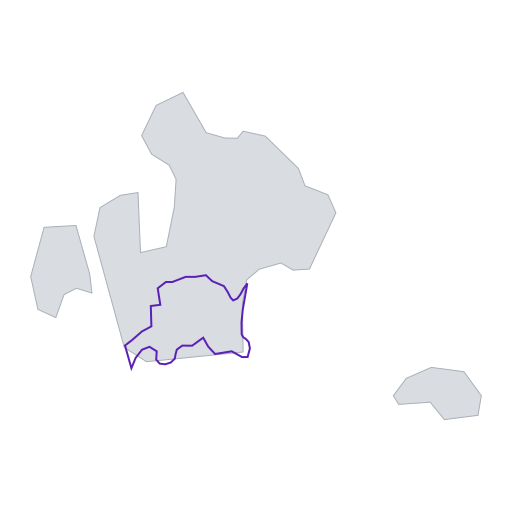 where Jomala sits in Aland
{"feature_id": "ALD-4810", "entity_name": "Jomala", "entity_type": "state/province", "adm_level": 1, "iso_a3": "ALA", "parent_name": "Aland", "parent_adm1": "", "projection": "mercator", "projection_center": [19.918, 60.13], "detail": "fine", "context": "in_parent", "style": "outline", "palette": "violet", "viewbox_px": 512, "rotation_deg": 0, "n_neighbors": 0, "source": "natural_earth", "source_scale": "10m", "svg_char_len": 1391}
<svg xmlns="http://www.w3.org/2000/svg" viewBox="0 0 512 512"><path d="M224.8,138.0L237.4,138.2L243.1,131.2L265.2,136.1L298.4,168.4L305.0,185.8L327.9,194.8L335.9,212.8L309.4,269.1L293.1,270.1L280.9,263.0L259.3,269.2L246.7,279.8L242.4,303.2L243.1,352.0L146.5,361.7L124.3,347.5L93.9,236.3L100.0,207.6L120.4,195.3L138.0,192.6L140.5,252.6L166.3,246.7L174.3,207.2L176.1,179.3L169.2,165.2L151.7,154.3L141.6,135.6L156.1,105.4L183.0,92.4L206.2,132.7L224.8,138.0ZM89.8,274.4L91.9,293.0L76.2,288.3L64.0,294.7L55.8,317.6L37.9,309.4L30.7,276.6L44.1,227.3L76.0,225.5L89.8,274.4ZM481.3,395.7L478.0,415.3L444.3,419.6L430.2,402.2L398.7,404.4L393.3,395.7L406.3,378.3L431.3,367.4L463.9,371.7L481.3,395.7Z" fill="#d9dde1" stroke="#a8b0b8" stroke-width="1"/><path d="M192.1,345.7L182.3,345.6L176.8,349.6L175.6,354.1L174.8,358.6L170.8,362.5L165.2,364.3L159.7,363.6L156.2,359.6L156.7,351.3L149.5,346.8L142.0,349.7L135.7,357.8L131.4,368.2L125.0,345.5L131.9,340.2L142.0,331.4L151.4,326.3L150.8,306.0L160.3,304.8L157.7,288.3L165.9,282.0L172.3,282.0L185.5,276.9L195.0,276.9L205.9,275.2L212.1,281.1L223.9,286.1L227.7,292.0L230.7,297.8L233.2,300.4L237.3,298.5L240.5,294.2L243.5,288.6L247.3,283.4L242.7,309.9L241.5,322.6L241.7,334.4L243.2,337.2L246.0,339.1L248.7,342.1L249.9,348.4L247.6,357.0L242.1,357.1L231.7,351.3L215.1,354.0L208.2,346.6L203.2,337.7L192.1,345.7Z" fill="none" stroke="#5b21b6" stroke-width="2"/></svg>